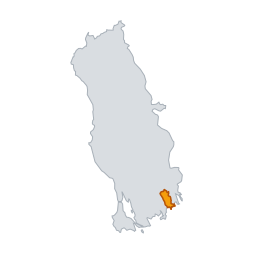 location of Aydin within Turkey, rotated 253°
{"feature_id": "TUR-2229", "entity_name": "Aydin", "entity_type": "Province", "adm_level": 1, "iso_a3": "TUR", "parent_name": "Turkey", "parent_adm1": "", "projection": "natural_earth1", "projection_center": [27.708, 37.721], "detail": "fine", "context": "in_parent", "style": "filled", "palette": "amber", "viewbox_px": 256, "rotation_deg": 253, "n_neighbors": 0, "source": "natural_earth", "source_scale": "10m", "svg_char_len": 4830}
<svg xmlns="http://www.w3.org/2000/svg" viewBox="0 0 256 256"><g transform="rotate(253 128 128)"><path d="M194.0,93.2L197.4,94.4L198.5,93.5L201.6,93.6L204.4,94.3L205.8,92.4L207.7,92.6L208.2,93.5L209.1,93.9L212.1,96.3L211.8,96.6L212.5,97.5L215.0,98.1L215.3,99.3L217.3,101.2L218.5,104.0L218.0,106.0L217.0,107.2L218.8,111.5L218.3,112.1L221.4,113.5L225.1,113.2L226.4,113.8L230.2,117.2L231.2,118.5L228.6,116.9L227.2,118.3L226.7,121.6L222.8,122.2L223.5,124.4L224.6,125.4L224.4,127.5L224.7,128.3L225.9,129.6L225.8,131.5L226.4,133.4L226.5,135.7L228.2,136.4L227.5,137.5L225.9,142.3L226.1,142.6L227.3,142.7L230.2,144.9L229.8,145.7L230.2,148.7L232.8,150.7L232.4,151.7L232.6,152.7L230.8,152.2L227.4,154.9L227.0,154.9L226.4,153.9L226.2,151.2L225.3,150.5L224.2,150.4L222.3,151.6L220.5,151.5L218.8,151.3L214.0,149.6L212.4,150.2L210.6,149.6L207.2,152.9L206.2,153.2L205.6,151.5L204.3,150.6L202.8,151.8L196.9,153.4L194.2,153.7L190.8,153.1L188.0,153.3L180.6,157.0L173.4,159.0L166.9,158.8L163.3,156.5L160.5,156.0L152.3,159.5L148.3,159.4L146.8,157.9L143.7,157.3L143.1,158.7L142.5,162.0L143.7,165.1L141.9,165.3L140.8,166.0L140.6,168.2L139.0,169.1L138.5,170.6L138.2,170.6L135.6,169.4L136.3,168.3L134.6,164.1L135.3,162.7L138.6,159.3L138.5,157.3L137.0,155.9L132.8,158.4L132.4,159.4L131.5,160.1L129.9,160.4L122.2,157.1L117.8,160.0L114.1,164.3L111.3,165.8L102.9,167.0L101.4,167.8L98.5,166.9L96.8,165.8L92.8,161.0L85.4,157.4L77.6,156.5L76.9,157.4L76.7,161.1L75.5,164.6L74.8,165.0L73.1,164.1L67.2,166.2L62.0,163.9L61.1,162.9L60.0,158.8L59.2,158.5L58.4,159.1L57.5,159.1L53.9,157.3L51.9,157.2L50.7,158.9L48.8,159.6L48.7,159.1L49.5,158.0L46.4,158.2L44.8,159.1L42.5,158.6L42.7,158.1L44.5,157.6L48.6,156.9L51.2,154.2L41.4,154.4L40.4,155.0L40.3,153.6L40.9,152.9L43.4,152.4L43.3,151.2L41.7,150.0L40.0,149.3L39.2,146.4L38.3,145.7L38.4,145.3L40.0,144.7L40.4,142.6L40.1,141.3L37.0,140.1L36.3,140.3L35.5,139.1L34.1,138.3L33.0,139.0L29.9,137.2L30.4,136.0L31.2,136.0L31.4,135.0L30.8,133.3L30.8,132.5L31.5,132.3L32.3,132.4L33.1,133.4L33.2,135.3L34.0,136.4L34.6,135.3L36.1,135.9L38.7,135.3L39.2,134.8L37.3,134.9L36.6,134.4L35.0,131.3L36.6,130.4L37.8,128.9L35.6,127.9L36.0,125.8L34.2,123.4L36.7,120.3L36.5,119.9L35.8,119.7L28.0,121.0L27.9,119.6L28.5,118.5L28.4,115.5L28.8,113.9L30.2,113.4L32.0,111.1L34.8,108.3L37.8,108.4L39.0,107.6L40.8,107.6L41.3,108.7L42.8,109.4L45.6,109.3L46.9,108.6L45.6,107.2L47.1,106.8L48.4,107.1L47.7,108.6L48.1,108.8L51.6,108.3L55.3,108.7L59.4,108.5L59.9,108.0L57.0,106.5L58.9,105.2L59.9,105.0L68.4,103.8L68.5,103.5L63.2,102.8L60.5,101.1L59.8,100.1L60.3,97.8L60.9,97.2L62.7,97.1L69.2,98.2L73.8,97.5L78.8,99.1L83.6,98.8L84.6,98.1L85.8,95.9L92.5,92.2L94.8,90.3L105.3,86.6L121.0,87.3L123.8,85.8L125.4,86.3L125.0,87.2L125.1,88.1L127.0,90.3L129.9,91.6L133.7,90.5L135.1,91.0L136.6,94.4L139.1,96.5L140.3,96.7L141.7,95.4L143.1,95.3L145.5,96.5L146.3,97.7L153.9,99.1L155.5,100.2L160.6,101.2L171.8,98.8L176.0,100.4L179.5,101.0L180.9,100.7L185.4,98.8L186.8,97.6L189.6,96.7L193.0,94.5L194.0,93.2ZM48.6,87.1L48.3,88.6L49.0,90.3L50.6,92.7L52.2,93.9L59.9,97.1L58.8,100.1L56.9,100.6L50.3,99.1L47.7,100.3L45.8,100.0L43.1,100.6L42.3,102.4L40.5,104.5L35.2,107.0L30.4,112.1L29.0,112.8L29.6,111.0L29.6,109.5L31.7,107.7L34.7,106.4L35.4,105.3L28.0,105.5L27.3,103.9L28.1,103.6L30.5,100.8L30.7,99.7L30.5,97.0L33.4,95.4L33.7,94.8L33.2,92.1L30.4,90.5L30.5,89.7L32.5,89.0L33.6,87.1L36.5,86.8L37.9,85.9L40.4,85.4L43.5,87.7L47.2,86.8L48.6,87.1ZM26.5,111.9L24.0,112.4L23.2,111.9L24.0,111.1L25.9,110.6L26.6,111.4L26.5,111.9Z" fill="#d9dde1" stroke="#a8b0b8" stroke-width="1"/><path d="M42.0,149.0L41.8,149.0L41.6,149.1L41.5,149.3L41.5,149.5L41.4,149.6L41.1,149.6L41.3,149.8L41.2,149.8L40.6,149.9L40.4,149.9L40.3,150.1L40.2,149.9L39.9,149.8L39.7,149.8L39.8,149.6L39.9,149.4L39.8,149.2L40.0,149.1L40.0,148.8L40.0,148.1L39.8,148.2L39.7,148.1L39.5,148.3L39.6,148.0L39.6,147.8L39.7,147.6L39.6,147.4L39.6,147.2L39.8,147.2L39.9,146.7L39.7,146.4L39.1,146.0L38.1,145.8L37.7,145.6L37.8,145.3L38.0,145.2L38.7,145.3L39.0,145.2L39.9,144.9L40.1,144.8L40.3,144.5L40.4,144.3L40.4,144.0L40.5,143.7L40.4,143.5L40.4,143.4L40.2,143.1L40.2,142.8L40.4,142.7L40.5,142.5L41.2,142.5L42.1,142.2L43.4,141.3L44.0,141.2L46.7,141.4L49.2,140.8L51.3,140.7L51.7,140.6L52.1,140.4L52.5,140.2L53.0,140.2L54.7,139.6L56.2,139.6L56.3,139.9L56.4,140.2L57.0,140.6L57.2,141.0L57.2,141.5L57.3,142.3L57.2,142.6L57.0,142.8L57.0,143.1L57.2,143.4L57.4,143.8L57.6,144.1L58.3,144.3L58.4,144.6L58.4,145.0L58.1,145.2L57.6,145.2L57.1,145.9L56.5,146.5L55.7,146.4L54.9,146.6L54.7,147.1L54.8,147.6L55.0,147.7L55.2,147.9L55.2,148.1L53.8,147.9L53.0,147.5L52.3,146.9L51.5,146.8L50.9,147.2L50.5,147.9L50.1,148.3L48.8,148.4L48.0,148.3L47.5,148.1L47.0,148.1L46.5,148.2L46.0,148.1L45.3,147.6L44.4,147.5L43.9,147.3L43.6,147.1L43.2,147.1L42.9,147.3L42.7,147.5L42.1,148.8L42.0,149.0Z" fill="#f59e0b" stroke="#b45309" stroke-width="1.5"/></g></svg>